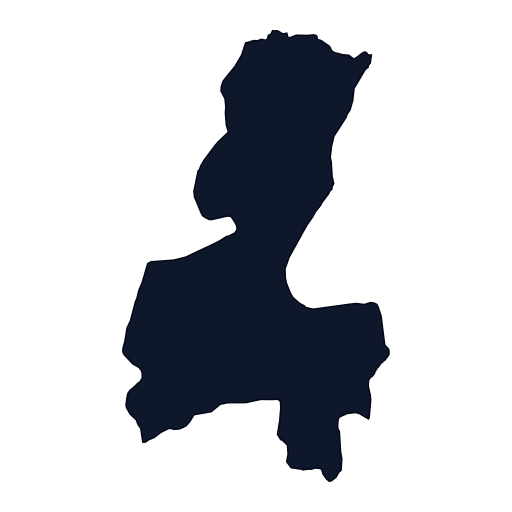 Tecpán Guatemala, Chimaltenango, Guatemala (orthographic projection)
{"feature_id": "79465075B20320299128156", "entity_name": "Tecpán Guatemala", "entity_type": "district", "adm_level": 2, "iso_a3": "GTM", "parent_name": "Guatemala", "parent_adm1": "Chimaltenango", "projection": "orthographic", "projection_center": [-90.996, 14.81], "detail": "fine", "context": "isolated", "style": "filled", "palette": "ink", "viewbox_px": 512, "rotation_deg": 0, "n_neighbors": 0, "source": "geoboundaries", "source_scale": "gbopen_adm2", "svg_char_len": 3389}
<svg xmlns="http://www.w3.org/2000/svg" viewBox="0 0 512 512"><path d="M147.7,263.6L142.2,282.5L138.8,290.6L136.7,299.3L135.7,300.9L130.5,320.7L127.1,327.8L124.9,341.3L123.0,348.2L122.9,352.0L124.3,354.9L132.8,363.9L138.8,367.3L141.2,370.2L142.1,372.8L142.3,378.0L140.0,381.8L137.9,383.2L133.7,387.3L129.7,390.7L127.8,393.7L127.1,397.0L126.0,405.0L126.6,407.8L130.1,414.0L136.3,419.9L137.9,424.3L140.8,428.5L142.8,442.2L145.4,442.1L148.8,439.7L154.5,437.3L160.8,432.4L168.3,428.6L170.7,428.3L173.8,429.3L179.0,429.0L182.9,427.5L186.2,425.7L190.0,421.3L194.0,414.7L211.2,411.7L220.2,404.3L227.6,402.7L245.9,402.6L256.9,400.2L261.0,399.4L271.5,399.5L278.0,399.3L280.4,401.4L280.8,407.6L279.7,420.8L277.5,434.4L280.8,439.7L282.4,440.2L287.5,445.2L288.1,454.2L286.7,461.7L291.1,467.7L302.1,469.3L302.7,469.9L308.2,469.1L310.8,469.3L315.4,468.0L320.5,468.5L321.9,469.9L322.9,473.8L326.4,478.9L329.3,481.3L331.6,480.7L336.0,477.2L338.7,472.4L341.1,470.2L341.8,458.8L340.6,452.0L339.3,431.1L338.1,429.6L337.6,426.3L338.0,420.1L339.2,417.1L347.2,413.5L355.6,412.5L359.3,413.5L368.5,418.9L369.2,417.5L370.7,399.9L370.2,394.8L368.2,386.1L368.5,380.5L370.8,376.8L372.0,376.6L374.2,373.8L375.6,370.4L376.6,369.5L376.6,368.1L377.9,367.6L381.0,363.1L382.9,361.9L383.2,360.7L384.7,360.4L388.8,354.8L389.1,351.9L388.6,349.2L384.7,345.0L381.1,316.2L378.1,307.0L376.8,304.4L373.8,303.0L370.5,302.6L364.4,304.5L355.9,303.5L349.0,304.3L313.3,309.2L306.0,307.6L303.9,305.6L299.5,303.3L293.1,297.7L290.6,293.7L286.5,283.5L285.3,278.0L285.0,268.9L289.1,257.2L306.9,225.1L312.8,216.7L315.4,211.8L321.0,204.7L321.5,203.1L328.6,193.7L329.5,191.5L331.8,189.2L332.2,186.5L333.7,183.5L332.1,176.5L331.2,161.7L330.2,157.6L331.5,146.4L333.9,136.2L346.3,117.0L346.8,114.8L350.1,109.7L351.9,103.3L352.7,100.7L354.0,88.5L357.9,81.9L365.0,69.8L368.3,66.9L368.3,65.5L370.3,62.9L371.4,55.0L369.4,55.0L368.1,54.7L367.2,53.9L366.4,52.5L365.3,52.1L364.1,52.2L363.2,52.6L361.1,54.0L356.3,57.7L355.0,58.5L353.6,58.7L352.5,58.1L350.4,56.5L349.6,55.7L348.7,55.2L347.5,55.1L346.0,55.0L344.3,54.9L342.8,54.7L340.9,54.3L339.5,53.9L337.8,53.4L336.0,53.1L334.2,52.5L333.2,51.8L332.1,51.1L331.4,50.3L330.1,47.4L329.1,46.0L328.3,45.5L326.4,44.2L324.0,42.6L322.1,41.2L320.5,40.3L319.5,40.1L317.8,39.7L317.3,38.6L316.8,36.2L315.8,35.4L314.8,35.1L313.3,34.9L311.7,35.0L310.5,35.2L308.1,35.4L304.8,35.4L297.2,35.2L295.6,35.4L291.6,37.1L290.0,37.6L289.0,37.6L287.4,36.7L287.4,35.7L286.8,33.2L285.3,33.4L284.0,33.8L282.5,33.7L281.3,33.1L280.6,32.6L279.4,31.8L278.5,31.2L277.2,30.8L276.0,30.8L273.7,30.9L272.6,30.7L272.0,31.9L271.4,33.4L270.6,34.3L269.7,34.8L268.5,35.2L268.0,36.4L267.7,38.2L267.0,39.4L265.8,40.0L264.9,40.1L263.9,39.9L262.3,39.4L261.3,39.4L260.4,39.6L258.8,40.3L257.6,40.8L256.3,40.7L254.9,40.6L253.6,40.7L252.5,41.0L251.6,41.2L250.7,41.5L249.0,42.1L245.6,42.9L241.7,55.0L236.9,63.1L234.9,66.6L230.7,71.6L223.2,81.0L221.4,86.2L221.0,90.9L225.0,98.7L225.8,106.7L225.4,112.9L226.3,124.8L228.4,132.1L218.2,141.8L214.9,145.7L204.2,160.0L200.8,165.7L199.5,169.6L198.1,170.9L193.9,191.4L194.5,197.1L197.3,203.5L199.0,207.9L201.5,213.7L202.9,215.9L205.8,217.8L209.6,219.6L211.9,219.5L227.1,216.1L230.9,216.4L233.7,220.3L236.5,225.1L237.1,229.3L235.0,232.9L230.6,235.1L229.4,236.0L227.0,236.2L219.6,240.9L216.1,242.8L195.6,252.4L186.1,257.0L173.7,260.1L151.0,261.8L147.7,263.6Z" fill="#0f172a" stroke="#020617" stroke-width="1.5"/></svg>